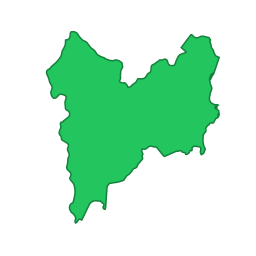 outline of Anzoátegui, rotated 98°
{"feature_id": "VEN-40", "entity_name": "Anzoátegui", "entity_type": "State", "adm_level": 1, "iso_a3": "VEN", "parent_name": "Venezuela", "parent_adm1": "", "projection": "orthographic", "projection_center": [-64.438, 8.961], "detail": "fine", "context": "isolated", "style": "filled", "palette": "green", "viewbox_px": 256, "rotation_deg": 98, "n_neighbors": 0, "source": "natural_earth", "source_scale": "10m", "svg_char_len": 5746}
<svg xmlns="http://www.w3.org/2000/svg" viewBox="0 0 256 256"><g transform="rotate(98 128 128)"><path d="M45.4,47.5L62.5,50.7L65.3,52.1L67.7,52.8L68.5,53.1L68.5,53.5L63.4,51.9L62.1,51.6L62.7,52.6L63.9,53.3L65.3,53.8L68.2,54.1L68.9,54.0L69.6,53.8L70.7,53.2L72.7,52.8L75.1,51.3L76.3,50.7L77.6,50.5L81.3,51.2L86.3,51.6L88.8,51.2L90.7,50.1L91.5,49.1L92.0,48.1L92.8,45.6L92.8,44.6L92.5,42.8L92.8,41.9L93.3,42.5L94.0,42.8L94.7,42.9L95.5,42.8L95.1,43.5L94.8,43.7L94.2,43.8L94.9,44.7L96.1,44.6L96.8,44.0L96.0,43.3L96.8,42.7L98.5,40.5L99.5,40.3L101.4,39.7L102.5,39.6L102.3,40.0L102.0,40.5L103.0,40.3L103.4,40.1L103.8,40.9L104.2,40.8L104.7,40.3L104.9,40.2L105.8,41.3L106.3,42.2L107.5,42.8L110.3,43.8L111.0,44.2L111.4,44.9L111.4,45.4L111.4,46.7L111.6,47.4L111.9,47.7L112.4,47.9L113.1,48.0L113.6,48.4L113.9,48.7L114.0,49.0L115.0,49.8L116.9,50.7L117.6,50.9L118.5,50.8L119.8,50.4L120.3,50.5L121.0,50.6L122.9,51.8L123.4,52.2L124.3,52.5L126.4,52.4L130.5,52.0L134.4,50.8L136.8,49.5L137.8,48.6L138.3,48.6L139.1,48.7L142.2,49.5L143.0,50.0L144.2,51.7L143.7,52.1L141.9,53.0L141.6,53.1L140.0,52.9L138.3,53.1L137.6,53.3L137.1,53.7L136.9,53.9L136.7,54.3L136.7,59.5L136.8,60.0L137.2,60.6L138.0,61.4L138.5,61.7L139.0,61.8L140.4,61.5L141.0,61.5L141.6,61.7L141.7,62.0L141.4,62.7L141.5,63.0L141.9,63.4L143.6,63.9L144.2,64.2L144.5,64.4L145.8,65.9L146.0,66.2L146.1,66.6L146.0,67.2L145.7,67.5L144.7,67.9L144.5,68.2L144.4,68.6L144.5,70.0L144.4,70.5L144.2,71.0L143.3,72.4L143.1,73.1L143.2,73.5L144.0,75.0L144.1,75.7L144.0,76.2L144.7,77.6L151.1,87.9L150.8,88.5L150.5,89.1L143.1,97.0L142.9,97.4L143.1,99.9L142.7,103.3L143.0,104.0L143.6,104.8L146.2,107.3L146.6,108.2L147.0,111.1L147.2,111.3L147.4,111.5L147.9,111.5L148.6,111.3L150.8,110.2L151.6,109.7L152.0,109.6L153.3,110.0L153.8,110.1L154.3,110.0L154.6,109.9L155.5,109.4L156.2,109.2L157.0,109.5L162.3,112.9L163.4,113.4L164.8,113.6L165.5,113.9L166.3,114.6L166.9,115.5L167.6,117.0L167.9,117.3L169.4,117.8L170.7,118.4L173.8,120.6L174.1,121.0L174.7,121.8L175.2,122.3L176.2,123.0L178.0,123.8L178.9,124.3L180.0,124.7L180.9,125.9L183.1,130.8L185.4,138.5L185.7,138.9L187.0,139.5L187.4,139.8L187.9,140.3L188.7,140.5L190.0,140.5L209.7,139.1L211.5,139.2L211.8,140.0L211.5,140.6L211.1,141.1L210.6,141.5L209.9,141.7L209.5,141.7L207.8,141.1L207.4,141.1L206.7,141.3L206.5,141.5L205.9,142.8L204.4,144.9L204.3,145.3L204.6,150.1L204.9,151.3L205.4,152.6L206.7,154.1L207.9,155.0L208.9,155.6L225.5,160.9L225.6,161.2L225.5,161.5L225.1,162.4L225.0,162.8L225.0,163.3L225.2,163.7L225.6,164.1L228.1,165.3L228.8,165.8L229.3,166.8L228.6,167.2L227.8,167.5L227.0,167.5L225.4,167.3L224.5,167.2L223.6,167.6L222.7,168.2L221.1,169.7L220.6,170.3L219.8,171.8L219.3,172.5L218.6,173.1L216.4,174.5L214.5,175.0L212.5,174.7L210.8,173.8L209.8,172.1L203.1,171.4L199.7,171.4L196.5,171.9L193.0,173.0L191.4,173.8L190.0,174.8L187.3,177.9L186.0,178.7L182.5,177.9L181.3,178.1L180.3,178.7L179.4,179.7L178.2,181.6L177.4,182.4L176.4,183.0L175.2,183.3L171.4,182.9L167.0,183.2L165.6,183.0L164.4,182.6L163.3,182.4L162.3,182.5L161.1,183.1L159.2,184.3L158.1,184.8L157.1,185.0L155.8,184.9L154.7,184.5L153.6,184.4L152.5,184.9L151.7,185.8L149.8,189.9L149.3,191.4L148.7,192.1L147.9,192.4L146.3,192.9L145.5,193.2L145.0,193.7L144.1,194.7L143.6,195.1L142.9,195.4L142.2,195.5L140.8,195.5L137.9,194.8L136.5,194.6L135.0,195.0L133.7,195.5L132.5,195.6L131.6,195.1L131.3,193.5L130.5,193.2L129.7,192.6L125.4,188.5L124.1,187.8L123.1,187.6L121.9,187.8L120.8,188.3L119.9,188.9L119.4,189.7L118.7,191.4L118.1,192.2L117.2,192.7L111.8,193.9L110.7,194.0L106.9,193.4L105.7,193.6L104.8,194.4L104.4,195.3L103.8,198.4L104.2,200.4L105.5,201.6L107.2,202.6L108.5,204.0L108.8,205.9L107.6,207.5L105.7,208.7L103.9,209.3L102.7,209.3L99.2,208.7L98.1,208.8L97.1,209.3L93.6,211.9L89.7,213.5L85.7,216.0L84.5,216.4L83.2,216.4L82.2,216.0L81.3,215.3L79.8,213.4L78.0,212.6L73.9,208.9L70.4,206.5L66.6,204.5L64.7,204.1L60.7,203.8L56.7,202.3L54.9,201.8L53.0,201.7L49.6,202.1L49.4,201.5L48.9,200.2L48.7,199.7L48.2,199.3L47.4,198.6L45.9,198.2L44.2,198.2L42.1,198.3L41.6,198.2L41.0,197.9L40.8,197.7L40.5,197.1L40.2,195.5L40.2,194.6L40.4,193.8L40.7,192.7L41.3,191.6L42.3,190.6L43.3,189.8L43.8,189.4L47.1,185.6L48.0,183.3L48.2,182.1L49.0,180.7L53.3,176.4L54.0,175.5L55.7,172.3L56.2,171.7L59.1,169.1L59.8,168.2L61.3,164.1L61.7,161.7L62.0,160.9L62.8,159.3L63.6,155.4L63.6,154.6L63.5,153.8L63.5,152.1L63.4,151.8L62.4,150.1L62.2,149.3L62.6,146.4L63.9,143.6L64.5,143.0L64.9,142.8L66.6,142.4L67.9,141.9L68.3,141.8L68.9,141.9L71.0,142.7L71.5,142.9L73.1,143.1L77.9,142.7L78.9,142.4L79.7,142.3L81.0,142.5L82.1,142.8L82.8,142.9L83.2,142.7L83.6,142.2L84.1,140.8L84.2,140.0L84.2,139.4L83.7,138.0L83.7,137.6L84.0,136.9L84.9,135.8L86.0,134.7L87.8,133.6L86.9,131.6L86.5,131.1L86.1,130.8L84.7,129.8L84.0,129.1L82.6,127.6L81.4,126.5L80.5,126.0L78.2,125.3L77.9,125.1L77.8,124.7L77.6,124.0L77.6,122.0L77.4,121.0L76.9,119.6L76.6,119.1L76.2,118.6L75.3,117.7L74.2,117.1L72.3,116.5L71.8,116.2L70.0,114.2L69.5,113.8L68.8,113.5L68.0,113.3L63.7,113.5L63.3,113.4L62.7,113.1L62.1,112.6L60.9,110.8L60.0,109.8L59.0,109.0L58.4,108.2L57.9,107.4L57.5,107.1L56.7,106.7L56.4,106.4L56.2,106.1L56.1,105.6L56.0,103.7L55.9,103.4L55.0,102.0L54.7,101.3L54.7,100.5L54.7,99.7L55.8,98.5L59.1,96.9L59.6,96.4L59.9,95.8L60.1,95.0L60.2,94.6L60.0,92.3L59.6,91.3L59.2,90.8L58.4,90.5L57.3,90.1L54.9,89.7L51.6,88.7L50.3,88.2L49.0,87.5L48.5,87.1L47.9,86.4L45.0,81.0L44.5,81.4L44.1,81.7L41.0,86.5L27.3,78.9L26.9,78.6L26.8,78.3L26.8,77.9L27.0,77.4L28.5,75.6L28.9,74.7L29.3,72.6L28.6,70.8L27.2,68.7L26.8,67.7L26.7,65.8L27.2,60.4L29.0,58.8L29.4,58.6L29.7,58.5L30.3,58.6L30.8,59.1L31.1,59.2L31.4,59.1L32.2,58.3L32.8,57.9L33.4,57.6L35.3,57.0L36.2,56.8L37.2,56.2L39.0,54.4L39.6,54.0L41.2,53.5L42.8,52.3L43.8,51.8L44.5,50.8L45.4,47.5Z" fill="#22c55e" stroke="#15803d" stroke-width="1.5"/></g></svg>